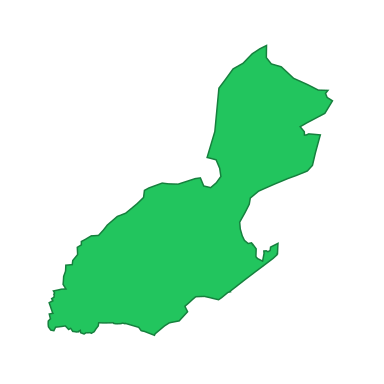 outline of Bopolu, Gbapolu, Liberia, rotated 7°
{"feature_id": "62588387B82153656109433", "entity_name": "Bopolu", "entity_type": "district", "adm_level": 2, "iso_a3": "LBR", "parent_name": "Liberia", "parent_adm1": "Gbapolu", "projection": "orthographic", "projection_center": [-10.518, 7.211], "detail": "fine", "context": "isolated", "style": "filled", "palette": "green", "viewbox_px": 384, "rotation_deg": 7, "n_neighbors": 0, "source": "geoboundaries", "source_scale": "gbopen_adm2", "svg_char_len": 3232}
<svg xmlns="http://www.w3.org/2000/svg" viewBox="0 0 384 384"><g transform="rotate(7 192 192)"><path d="M248.1,37.5L242.0,41.5L234.9,47.5L227.0,58.0L217.8,64.8L211.5,76.2L206.1,85.6L206.1,87.7L206.2,90.1L207.3,129.2L202.8,155.9L203.9,156.0L212.0,157.1L213.9,160.4L216.6,165.1L218.8,173.1L218.3,173.9L215.0,179.9L210.0,185.4L207.3,185.1L202.9,184.6L198.6,177.0L193.6,178.3L177.3,185.9L167.6,186.8L161.3,186.8L148.8,193.2L144.6,196.2L144.6,198.7L144.6,203.3L138.8,210.5L138.4,210.9L137.2,212.2L128.8,221.1L120.8,225.4L112.0,235.1L108.7,240.6L108.3,241.2L108.2,241.3L104.5,246.5L98.7,247.6L97.4,247.8L90.7,252.9L88.2,254.6L88.4,256.1L88.6,258.0L84.9,260.9L85.9,266.8L86.1,268.1L82.0,274.5L82.0,278.7L75.7,280.0L76.0,284.0L76.1,285.9L76.0,286.6L74.9,291.4L75.2,296.2L75.3,299.4L75.8,300.0L78.7,303.6L74.1,304.4L71.2,305.5L66.5,307.1L67.2,308.0L67.9,309.0L67.5,310.0L67.3,310.3L67.8,310.9L67.8,312.1L67.8,312.3L67.8,312.9L67.9,313.2L66.3,314.5L65.7,314.9L66.5,316.1L66.8,316.2L66.7,316.5L67.1,317.0L66.5,317.4L65.7,317.9L63.7,319.3L64.6,321.2L65.1,322.1L66.0,324.1L66.9,325.9L68.4,329.0L68.7,329.4L67.3,329.8L65.2,330.5L66.2,333.2L66.8,334.7L67.0,335.1L66.7,335.4L65.2,337.4L65.1,337.5L65.1,337.9L65.2,339.4L65.3,340.4L65.5,341.5L65.9,343.2L66.0,343.4L68.0,345.6L68.7,346.3L71.8,346.5L73.1,342.8L79.3,341.3L79.6,341.2L81.0,340.8L81.3,340.7L82.6,340.4L85.2,342.5L86.3,343.5L87.4,342.7L88.2,342.1L89.0,343.0L90.6,344.9L92.7,344.9L93.9,345.0L94.6,345.0L95.4,344.8L96.5,344.6L96.8,343.8L98.0,342.9L98.6,345.2L100.1,345.6L102.2,346.1L102.7,345.7L103.8,344.7L105.9,344.4L108.1,344.0L109.0,344.4L109.3,344.5L109.8,344.2L110.2,343.8L110.3,343.7L111.8,342.7L112.4,341.6L113.3,339.7L114.0,338.5L115.3,336.3L115.3,333.2L115.9,333.1L120.6,332.7L129.7,331.4L130.4,332.0L131.6,332.0L131.8,332.1L133.9,331.9L137.6,331.3L139.0,330.6L139.3,330.6L141.5,330.9L141.7,330.5L155.6,332.8L158.3,335.7L158.5,335.8L159.2,335.9L159.5,336.0L161.5,336.1L172.2,338.8L172.3,338.4L172.4,338.0L172.8,337.1L181.1,328.2L183.9,325.9L185.2,324.8L187.2,324.0L195.0,321.5L195.1,321.4L196.1,319.9L196.3,319.6L202.2,311.4L200.9,309.4L200.6,309.0L198.9,306.3L198.9,306.2L199.2,305.9L201.5,303.4L202.9,301.8L203.5,301.1L205.8,298.4L208.1,295.9L208.5,295.5L211.4,295.0L217.1,294.1L223.1,294.7L226.1,295.1L230.9,295.6L231.5,295.7L234.2,293.3L239.9,287.3L242.1,286.4L241.7,286.1L243.3,284.5L255.4,272.4L263.1,264.9L263.9,264.1L268.2,260.0L280.5,248.1L284.0,244.0L284.0,243.4L284.0,243.2L284.2,243.3L284.4,243.1L283.7,234.5L283.6,232.5L276.7,237.1L276.7,240.6L274.6,242.0L272.9,241.3L270.5,241.8L271.0,244.2L270.5,252.0L265.2,250.1L263.3,248.4L262.6,240.6L258.7,236.5L258.5,236.8L257.3,235.2L254.0,236.3L249.9,233.6L247.2,229.4L245.8,226.1L244.4,222.8L243.0,216.1L247.2,205.8L247.3,205.5L249.7,198.9L250.3,197.2L250.4,195.2L250.6,190.9L257.9,183.1L263.5,179.7L273.1,174.0L277.7,171.4L278.8,170.8L285.6,166.9L293.5,162.9L295.1,162.0L303.9,157.1L304.2,156.7L308.3,150.9L309.7,138.1L312.2,120.9L312.4,119.7L305.7,119.9L300.7,120.1L298.7,121.4L296.7,121.8L296.1,118.5L291.4,114.0L297.5,109.4L314.3,97.7L320.3,84.4L314.6,81.7L312.5,77.9L314.5,74.6L305.0,75.5L294.1,71.5L279.0,66.8L265.4,56.9L255.1,55.2L249.4,49.6L248.1,37.5Z" fill="#22c55e" stroke="#15803d" stroke-width="1.5"/></g></svg>